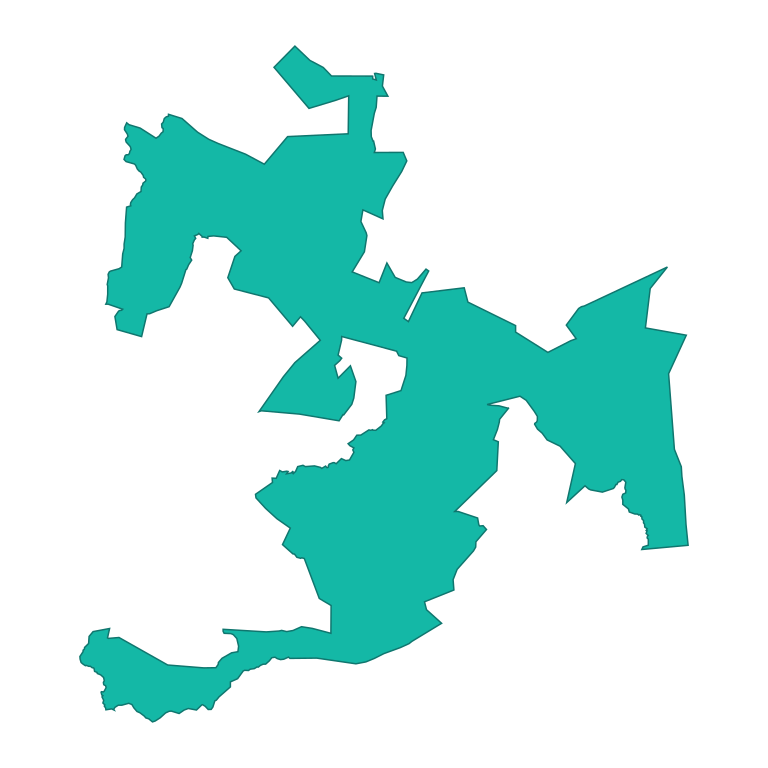 Heroica Ciudad de Ejutla de Crespo, Oaxaca, Mexico
{"feature_id": "50627088B22638065525590", "entity_name": "Heroica Ciudad de Ejutla de Crespo", "entity_type": "district", "adm_level": 2, "iso_a3": "MEX", "parent_name": "Mexico", "parent_adm1": "Oaxaca", "projection": "albers", "projection_center": [-96.767, 16.598], "detail": "fine", "context": "isolated", "style": "filled", "palette": "teal", "viewbox_px": 768, "rotation_deg": 0, "n_neighbors": 0, "source": "geoboundaries", "source_scale": "gbopen_adm2", "svg_char_len": 6095}
<svg xmlns="http://www.w3.org/2000/svg" viewBox="0 0 768 768"><path d="M256.0,497.9L265.6,508.4L276.9,518.7L290.3,528.1L282.5,544.6L292.9,553.9L294.5,554.1L296.9,557.3L300.7,558.3L301.7,557.8L304.3,558.5L319.3,598.5L331.1,605.5L330.9,633.3L312.3,628.4L301.5,626.7L293.0,630.5L286.7,631.6L281.6,630.4L279.2,631.0L266.3,631.9L223.1,629.3L223.1,631.3L224.1,633.3L231.0,633.6L233.4,634.7L236.8,638.5L238.6,646.2L237.9,651.7L231.6,652.8L222.0,658.3L218.4,662.5L218.2,664.4L215.9,667.7L203.9,667.9L167.7,665.0L119.0,637.5L108.4,638.4L107.5,637.9L109.6,628.5L93.1,631.6L89.1,636.4L88.6,643.5L84.6,647.4L84.3,649.3L83.1,650.2L83.1,651.6L79.9,656.5L80.1,659.1L81.1,662.5L83.0,664.1L85.4,665.7L86.4,665.4L88.7,666.3L90.4,666.3L92.3,667.8L93.3,667.8L94.0,668.3L94.6,671.4L97.1,672.4L97.3,673.5L100.6,674.8L103.6,677.5L104.3,680.8L103.4,682.3L103.6,684.0L103.9,684.8L105.6,685.7L106.1,687.6L104.2,691.2L103.3,691.9L101.4,691.7L101.1,692.3L101.8,695.0L102.9,695.7L102.0,696.9L103.7,700.3L102.9,703.0L104.8,704.9L104.3,706.1L105.6,707.9L105.9,709.8L111.6,708.9L114.2,710.1L113.7,709.2L115.0,707.3L118.3,705.2L121.8,705.2L128.7,703.3L131.9,704.5L133.9,707.9L137.0,711.5L140.0,712.8L144.3,716.1L145.8,717.9L148.7,718.8L152.5,721.9L155.2,721.0L160.2,717.8L165.6,712.9L169.1,711.3L171.3,711.1L179.1,713.5L184.2,710.0L188.3,708.5L196.5,710.0L201.8,704.9L202.6,704.7L205.2,706.3L208.2,709.5L211.2,709.4L212.9,707.0L214.8,700.9L216.4,700.1L219.0,696.9L230.4,686.9L230.4,681.9L237.6,678.7L243.2,671.0L244.6,670.3L248.5,670.5L250.2,669.2L254.4,668.6L256.9,667.0L258.3,667.1L260.4,665.4L263.1,664.2L265.7,664.1L269.3,660.9L271.8,657.7L275.0,657.2L277.2,658.6L280.5,659.6L283.8,659.2L288.5,657.1L290.0,658.4L316.7,658.1L355.9,663.8L365.9,661.9L374.4,658.4L383.9,653.6L400.3,647.6L409.1,643.6L412.0,641.3L441.6,623.3L426.5,609.7L424.5,601.8L453.9,590.0L453.1,579.7L457.1,569.4L473.5,550.9L475.7,547.1L475.9,541.8L486.5,529.5L483.1,525.7L479.7,526.0L478.8,524.7L477.6,518.0L458.2,511.5L454.7,511.5L496.8,470.6L498.3,441.8L493.4,439.7L497.4,429.5L499.3,422.1L499.6,419.3L508.9,407.8L508.0,408.2L498.9,405.8L489.8,405.2L487.1,404.5L520.0,396.2L526.2,400.3L534.3,411.4L537.4,416.4L537.3,420.5L536.6,422.1L534.8,423.4L534.6,424.2L537.5,429.1L542.2,433.2L547.1,439.9L560.1,446.2L575.4,463.6L566.7,502.6L585.0,485.8L588.7,489.0L590.7,489.9L602.4,492.1L613.3,488.5L614.4,487.4L615.9,484.5L616.9,484.5L618.0,482.2L620.5,481.3L621.7,479.6L623.8,479.8L625.8,482.2L624.9,487.6L625.1,489.0L625.9,490.2L625.7,492.9L622.8,494.3L621.9,497.1L622.8,500.1L622.8,504.4L628.4,508.9L629.3,512.0L634.8,514.0L637.5,514.1L638.9,515.1L639.8,514.7L640.9,515.2L640.8,516.2L641.8,516.7L642.0,519.0L643.6,520.6L643.5,522.8L644.5,524.1L644.8,527.1L647.2,528.8L646.2,530.5L647.1,530.8L646.1,533.4L648.2,535.4L647.5,536.1L647.1,537.9L648.3,539.2L648.3,545.2L643.0,546.9L641.8,549.5L688.1,545.3L686.0,524.4L684.3,495.0L681.9,476.4L681.3,466.7L674.4,449.3L668.6,373.7L686.3,335.2L645.4,327.9L650.2,288.5L667.4,267.0L584.3,306.0L581.4,306.7L578.6,308.5L566.3,325.1L576.2,338.7L570.6,340.8L547.9,352.4L515.6,332.1L515.6,325.6L467.9,302.1L464.2,287.8L422.0,292.9L408.4,321.6L403.8,318.3L428.7,271.0L426.0,269.1L417.4,279.1L411.8,282.6L406.3,282.0L395.2,277.4L386.9,263.0L379.1,282.7L352.2,271.9L364.4,251.8L366.9,235.6L366.2,232.8L360.9,221.5L362.9,209.9L383.0,218.9L382.3,210.5L385.2,199.1L392.7,185.9L401.7,171.5L406.8,160.9L403.2,152.4L374.3,152.5L375.4,149.0L373.6,141.1L373.1,141.2L371.3,136.7L371.1,130.5L374.3,113.4L376.2,107.3L377.0,96.1L387.9,96.2L382.4,86.1L383.7,74.9L375.9,73.3L374.6,73.5L376.3,80.0L372.7,78.9L372.7,76.2L372.3,76.1L331.5,76.0L323.3,67.5L309.9,60.4L294.9,46.1L274.0,67.3L309.0,108.4L336.0,100.2L348.7,95.8L348.2,133.8L287.6,136.6L264.3,164.2L245.6,154.2L218.2,143.5L208.8,139.3L197.6,132.2L182.0,118.5L168.5,114.3L168.4,116.3L166.3,116.8L164.3,118.5L163.2,122.3L161.6,124.0L162.0,127.7L163.2,128.5L163.1,131.7L161.3,133.1L159.0,136.2L156.0,138.2L140.2,128.1L129.0,124.7L126.7,122.8L124.6,127.4L124.5,129.7L127.3,134.0L128.0,136.3L125.6,139.3L125.7,140.4L126.2,142.1L130.3,146.6L131.1,149.4L129.9,151.3L129.4,153.5L128.3,154.7L126.2,154.8L125.1,155.7L124.0,159.4L126.1,161.6L134.5,164.0L135.7,165.3L137.3,169.0L139.0,171.0L140.8,172.1L143.2,175.4L143.6,177.3L145.5,178.8L145.9,180.0L145.6,181.1L143.0,183.2L142.7,185.0L141.3,187.0L141.0,191.5L136.9,193.9L134.5,197.9L132.6,199.7L130.8,202.5L130.4,204.4L130.8,205.8L126.6,207.1L125.4,222.8L125.2,237.0L124.1,244.1L124.1,248.4L122.7,253.9L121.7,267.0L119.1,268.7L110.5,271.1L109.3,271.9L108.1,274.3L108.5,277.8L107.2,284.5L107.7,285.9L107.7,294.2L106.9,301.9L105.8,304.2L108.2,304.2L122.7,309.2L121.6,310.3L119.3,310.6L118.4,311.4L114.9,316.5L117.1,329.6L141.6,336.6L147.0,313.9L149.7,313.7L156.8,310.7L169.1,306.7L180.0,287.1L181.7,283.1L185.9,269.6L186.7,269.2L188.6,264.8L191.7,260.1L190.2,257.6L192.4,250.7L193.1,245.2L192.7,243.8L194.4,239.9L195.7,238.4L194.4,235.9L198.0,234.4L198.8,233.4L202.3,236.6L202.2,237.1L204.2,237.1L207.8,238.3L208.0,236.4L213.7,235.9L226.7,237.3L241.1,250.8L234.9,256.4L227.8,277.7L234.3,289.0L268.6,297.9L292.6,326.3L300.5,316.8L304.6,321.1L320.3,340.3L294.9,362.6L283.4,376.7L259.0,411.6L261.3,410.8L299.5,414.1L339.1,420.8L343.0,414.6L343.7,414.9L351.8,404.3L353.8,398.1L355.9,381.6L350.4,365.8L338.1,378.2L334.6,365.4L339.8,360.7L341.7,358.2L338.1,355.1L341.6,340.1L341.7,336.5L396.6,351.2L398.8,355.6L407.0,358.0L406.9,365.4L405.9,375.4L401.0,390.6L386.1,395.3L386.8,418.7L384.6,419.8L382.8,422.1L384.1,422.8L383.0,423.6L381.3,426.0L375.8,430.3L372.9,430.2L372.6,429.7L370.7,430.3L368.9,429.9L360.8,435.1L356.8,435.2L353.6,439.9L348.1,443.7L349.9,445.7L353.9,447.9L352.8,449.9L353.9,452.3L349.5,460.0L345.8,460.6L341.4,458.6L336.2,463.7L334.1,462.6L333.0,462.7L329.2,464.1L328.4,465.7L328.3,467.1L327.7,467.6L326.7,467.5L325.6,466.1L321.8,468.4L320.5,467.4L314.5,465.9L305.3,466.6L303.0,465.3L297.7,466.6L295.6,471.4L293.2,473.7L292.5,472.8L293.2,471.1L291.0,473.0L286.5,473.8L288.1,471.5L286.7,471.2L282.3,471.9L279.7,470.5L276.2,478.3L272.1,478.1L272.5,482.5L255.5,494.3L256.0,497.9Z" fill="#14b8a6" stroke="#0f766e" stroke-width="1.5"/></svg>